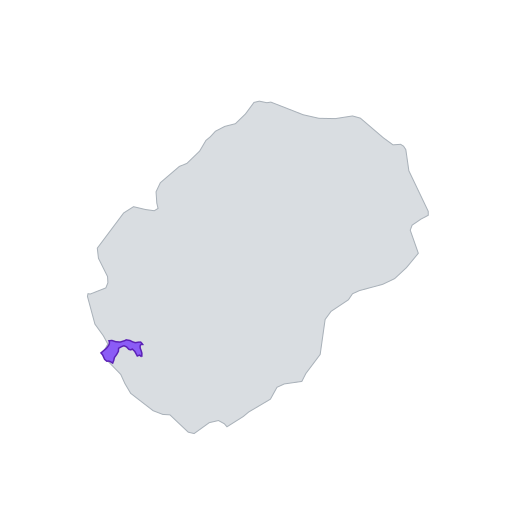 where Debar sits in North Macedonia, rotated 331°
{"feature_id": "MKD-2952", "entity_name": "Debar", "entity_type": "Statistical Region", "adm_level": 1, "iso_a3": "MKD", "parent_name": "North Macedonia", "parent_adm1": "", "projection": "natural_earth1", "projection_center": [20.605, 41.506], "detail": "fine", "context": "in_parent", "style": "filled", "palette": "violet", "viewbox_px": 512, "rotation_deg": 331, "n_neighbors": 0, "source": "natural_earth", "source_scale": "10m", "svg_char_len": 1790}
<svg xmlns="http://www.w3.org/2000/svg" viewBox="0 0 512 512"><g transform="rotate(331 256 256)"><path d="M232.5,140.5L240.5,141.5L257.6,136.9L268.3,130.6L273.8,129.6L281.0,127.2L291.5,127.5L302.1,130.3L315.5,126.7L328.7,120.7L334.0,122.2L339.8,127.2L343.6,128.6L365.7,155.3L377.8,166.1L392.0,174.3L408.3,180.3L414.1,186.0L424.7,214.4L429.7,225.2L436.6,228.4L438.3,231.5L438.6,235.6L431.0,255.6L428.3,300.4L426.4,303.9L418.3,303.7L407.5,304.7L403.4,308.2L399.3,332.3L382.0,339.1L366.3,343.0L353.1,342.2L329.7,336.4L322.1,335.8L315.6,339.1L294.8,340.8L285.7,345.0L264.4,373.2L242.7,382.9L235.3,387.9L218.7,381.6L210.7,381.0L199.2,388.2L174.0,388.9L167.2,390.2L147.8,391.3L147.0,387.4L143.4,381.7L134.3,379.1L115.8,381.3L111.3,377.2L103.7,353.2L97.7,349.4L91.0,341.4L79.8,315.4L79.5,304.0L80.3,294.0L74.0,270.7L77.9,264.8L83.7,261.1L83.8,251.8L82.1,237.5L89.0,209.6L90.8,207.5L92.6,208.9L109.2,211.1L113.5,207.6L116.2,202.0L117.1,181.6L121.0,172.2L161.1,154.2L172.8,153.5L181.9,161.8L189.0,167.1L193.4,166.9L194.9,161.6L199.7,151.4L207.9,145.5L232.3,140.5L232.5,140.5Z" fill="#d9dde1" stroke="#a8b0b8" stroke-width="1"/><path d="M78.7,280.2L77.2,277.5L76.1,276.4L74.5,275.7L73.5,273.0L73.9,268.2L73.4,265.6L80.4,264.2L82.4,263.4L84.4,262.3L85.6,261.1L86.3,259.3L86.3,258.9L89.0,260.0L91.8,263.0L95.4,265.4L100.2,266.4L101.8,266.4L104.8,268.8L106.4,271.2L108.4,273.3L111.5,274.4L113.4,275.4L113.9,277.4L114.0,278.4L113.4,278.1L112.7,277.7L111.5,278.0L110.6,279.2L110.0,280.7L109.7,282.7L109.3,284.8L108.9,286.0L107.7,288.0L107.3,287.5L106.8,287.9L106.0,286.2L103.7,285.9L103.7,283.4L103.7,280.6L102.7,277.4L101.0,277.4L99.6,276.1L98.7,272.7L97.0,270.5L94.5,270.1L91.1,270.1L89.4,272.7L86.3,274.6L83.0,276.1L80.9,278.4L78.7,280.2Z" fill="#8b5cf6" stroke="#5b21b6" stroke-width="1.5"/></g></svg>